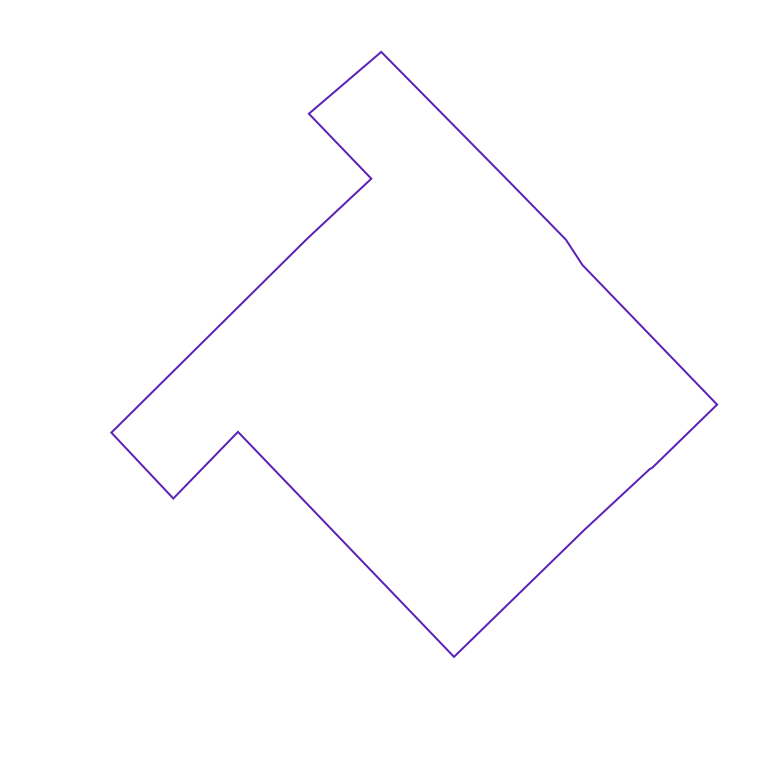 Fayette, Illinois, United States of America, rotated 136°
{"feature_id": "52423323B95839932442393", "entity_name": "Fayette", "entity_type": "district", "adm_level": 2, "iso_a3": "USA", "parent_name": "United States of America", "parent_adm1": "Illinois", "projection": "natural_earth1", "projection_center": [-89.043, 38.977], "detail": "fine", "context": "isolated", "style": "outline", "palette": "violet", "viewbox_px": 768, "rotation_deg": 136, "n_neighbors": 0, "source": "geoboundaries", "source_scale": "gbopen_adm2", "svg_char_len": 358}
<svg xmlns="http://www.w3.org/2000/svg" viewBox="0 0 768 768"><g transform="rotate(136 384 384)"><path d="M523.2,139.1L341.3,139.9L251.9,138.2L249.1,137.4L158.7,137.8L158.6,331.7L152.9,361.4L153.4,445.1L155.3,624.8L250.3,630.6L250.5,540.5L338.7,541.9L613.9,538.4L615.1,448.0L522.3,451.0L523.2,139.1Z" fill="none" stroke="#5b21b6" stroke-width="2"/></g></svg>